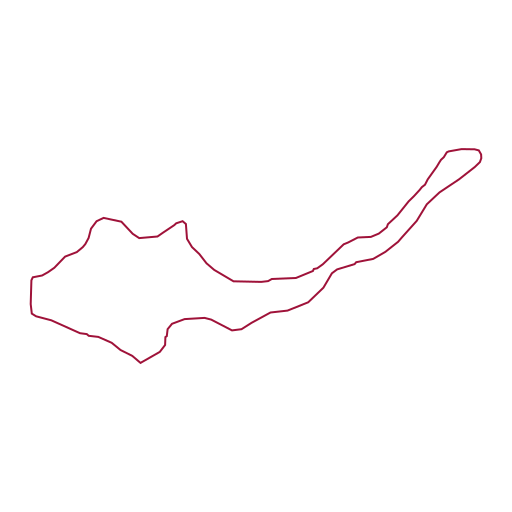 San Pedro Sacatepéquez, Guatemala (Albers equal-area conic projection)
{"feature_id": "79465075B65982966467051", "entity_name": "San Pedro Sacatepéquez", "entity_type": "district", "adm_level": 2, "iso_a3": "GTM", "parent_name": "Guatemala", "parent_adm1": "", "projection": "albers", "projection_center": [-90.6, 14.686], "detail": "fine", "context": "isolated", "style": "outline", "palette": "rose", "viewbox_px": 512, "rotation_deg": 0, "n_neighbors": 0, "source": "geoboundaries", "source_scale": "gbopen_adm2", "svg_char_len": 1355}
<svg xmlns="http://www.w3.org/2000/svg" viewBox="0 0 512 512"><path d="M459.2,179.2L474.8,167.0L479.9,162.1L481.3,158.2L481.1,154.4L478.8,150.4L474.6,149.3L461.6,149.1L448.7,151.4L446.8,152.3L443.8,157.2L441.0,159.8L439.2,162.6L436.7,166.8L427.7,179.4L425.0,184.7L421.8,187.2L419.7,189.9L414.0,196.1L408.7,201.3L397.4,215.4L387.9,224.2L386.8,227.3L378.8,233.6L370.9,236.9L357.8,237.5L348.1,242.5L343.7,244.3L322.9,264.2L317.2,268.3L313.8,269.0L312.9,271.0L295.9,278.0L271.8,279.0L268.1,281.1L261.2,281.9L233.5,281.3L214.2,269.9L206.5,263.3L199.3,254.0L192.0,247.1L187.0,238.8L185.9,224.0L182.6,221.2L176.2,223.3L174.3,225.1L162.8,232.8L157.5,236.5L139.2,238.1L132.7,233.8L121.4,221.7L103.6,217.9L96.6,221.2L91.0,228.7L88.6,238.0L85.3,244.1L82.8,247.1L76.8,252.1L65.1,256.6L54.3,267.8L48.0,272.2L42.1,275.5L32.8,277.3L31.4,280.3L30.7,304.1L31.8,313.6L36.1,316.3L51.3,320.3L80.0,333.2L86.8,334.1L88.7,335.8L98.3,336.9L111.7,342.8L120.5,350.0L132.3,355.9L140.5,362.9L159.8,351.9L165.1,345.0L165.4,337.1L166.8,336.1L167.6,329.2L172.0,323.8L184.6,319.1L204.6,317.9L211.2,319.6L232.0,330.4L241.5,329.2L251.6,322.8L270.5,312.5L287.5,310.6L308.2,302.3L323.4,287.7L331.9,273.3L337.1,269.4L354.6,264.1L356.2,262.2L373.2,258.9L385.3,251.9L398.1,241.8L401.8,237.5L416.7,220.9L426.8,204.3L439.5,192.4L459.2,179.2Z" fill="none" stroke="#9f1239" stroke-width="2"/></svg>